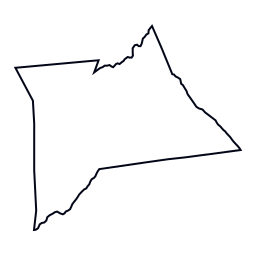 Camalaú, Paraíba, Brazil
{"feature_id": "56859067B1545976876793", "entity_name": "Camalaú", "entity_type": "district", "adm_level": 2, "iso_a3": "BRA", "parent_name": "Brazil", "parent_adm1": "Paraíba", "projection": "equal_earth", "projection_center": [-36.768, -7.907], "detail": "fine", "context": "isolated", "style": "outline", "palette": "ink", "viewbox_px": 256, "rotation_deg": 0, "n_neighbors": 0, "source": "geoboundaries", "source_scale": "gbopen_adm2", "svg_char_len": 1433}
<svg xmlns="http://www.w3.org/2000/svg" viewBox="0 0 256 256"><path d="M240.6,150.0L239.5,148.2L238.1,146.5L235.0,143.2L232.8,140.7L230.1,137.0L226.7,133.4L225.1,131.3L223.4,130.0L220.4,126.5L218.2,124.7L216.9,122.9L215.5,120.3L212.6,118.1L210.0,116.1L207.9,114.5L205.1,112.4L202.5,109.5L198.9,108.4L196.4,106.8L194.0,103.2L191.6,99.8L189.5,96.8L187.6,94.2L186.5,91.0L182.8,85.0L181.2,83.8L180.2,79.1L177.8,77.5L175.5,76.4L174.1,74.6L172.3,74.2L171.2,71.5L161.4,47.6L152.0,26.0L150.3,28.1L148.7,30.2L148.4,33.4L146.4,34.5L144.6,37.0L142.9,38.5L142.3,41.1L141.6,43.9L140.5,46.1L138.6,46.1L137.0,44.7L134.7,45.3L132.7,48.2L132.7,52.3L132.9,55.7L131.6,57.6L129.7,57.6L127.7,57.0L124.7,59.2L123.6,60.9L121.9,62.1L119.6,64.0L117.5,63.4L115.9,64.1L114.6,65.7L113.1,67.2L111.5,66.5L109.6,65.1L106.8,65.7L104.6,65.7L102.7,67.1L100.2,68.0L98.1,69.5L96.2,70.9L94.2,72.4L98.6,60.3L91.4,60.9L15.4,67.8L32.9,100.7L34.2,123.4L34.2,170.4L36.2,210.6L34.0,230.0L35.6,229.8L38.0,228.3L39.7,224.4L41.7,223.0L44.3,222.5L46.3,220.6L47.3,217.2L49.7,215.2L52.5,213.8L54.9,212.2L57.2,211.6L60.2,213.4L62.9,214.3L64.6,213.3L65.8,211.5L67.8,210.7L70.1,209.2L71.4,206.4L72.3,204.2L74.4,201.4L76.2,199.2L77.7,197.0L79.2,194.5L82.0,191.5L84.3,189.3L86.2,188.5L87.5,186.4L89.3,184.3L90.2,181.8L91.7,179.2L94.0,177.9L95.4,176.2L96.3,174.1L97.6,171.5L99.3,169.1L145.6,162.4L168.3,159.2L185.8,157.3L240.6,150.0Z" fill="none" stroke="#020617" stroke-width="2"/></svg>